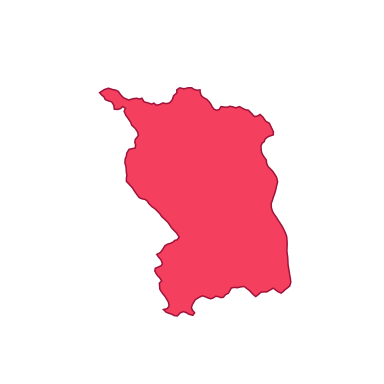 the district of Pimenta, Minas Gerais, Brazil, rotated 315°
{"feature_id": "56859067B10371022506312", "entity_name": "Pimenta", "entity_type": "district", "adm_level": 2, "iso_a3": "BRA", "parent_name": "Brazil", "parent_adm1": "Minas Gerais", "projection": "orthographic", "projection_center": [-45.839, -20.515], "detail": "fine", "context": "isolated", "style": "filled", "palette": "rose", "viewbox_px": 384, "rotation_deg": 315, "n_neighbors": 0, "source": "geoboundaries", "source_scale": "gbopen_adm2", "svg_char_len": 3137}
<svg xmlns="http://www.w3.org/2000/svg" viewBox="0 0 384 384"><g transform="rotate(315 192 192)"><path d="M88.7,258.6L90.0,261.7L91.4,264.4L92.0,266.8L94.0,269.3L98.0,269.1L101.3,270.5L102.6,273.1L103.4,276.3L105.4,279.8L108.4,279.3L108.8,275.8L109.7,273.5L112.3,272.0L114.8,271.3L118.0,270.5L121.9,271.3L125.9,272.7L127.5,275.8L128.4,278.2L129.6,280.6L132.3,282.0L135.1,282.5L136.7,284.8L137.8,287.2L139.7,288.6L143.2,288.3L146.1,289.3L148.4,288.7L152.0,287.7L154.5,289.4L156.3,291.7L159.2,293.5L162.1,295.7L162.5,299.0L162.9,301.4L162.9,304.1L162.8,307.9L163.1,311.0L166.2,311.4L170.1,311.7L172.3,313.6L174.2,315.5L177.8,316.5L181.5,317.5L182.2,322.9L183.5,326.5L186.3,326.9L188.9,326.9L191.5,327.3L194.5,327.6L198.0,325.7L200.5,322.6L202.4,319.8L204.6,316.8L206.6,314.0L208.8,311.0L211.6,308.0L213.8,305.5L215.8,302.8L217.6,300.6L220.0,298.4L222.6,296.0L224.9,293.5L227.5,290.4L229.0,287.2L230.2,284.0L231.5,279.9L232.4,275.7L233.0,272.6L233.8,269.4L234.4,265.6L235.3,262.5L237.0,259.3L239.7,256.2L242.8,254.8L246.0,253.1L248.8,251.8L251.6,250.4L254.4,248.6L256.8,247.1L259.8,245.3L262.1,241.6L262.9,238.6L263.7,234.7L263.8,230.4L263.8,227.5L265.2,224.3L267.2,221.9L267.7,218.6L268.3,215.7L269.3,213.0L271.1,210.7L273.4,208.1L276.0,207.2L278.8,207.4L280.9,206.3L284.4,206.5L287.5,207.9L289.9,209.1L292.1,207.0L293.5,203.2L295.3,198.1L294.2,194.0L295.1,189.4L295.0,185.3L292.0,184.6L289.5,182.8L289.7,178.0L289.7,174.0L288.0,171.7L287.0,168.9L286.0,165.2L282.4,163.4L280.9,160.3L279.3,158.1L277.0,157.1L274.9,154.8L272.9,152.1L269.6,152.9L267.2,151.6L266.1,148.9L266.6,145.7L267.4,143.2L267.9,140.5L268.0,136.9L266.8,133.0L266.8,130.2L268.3,127.3L269.9,125.5L267.4,123.5L265.9,120.6L265.5,118.1L263.0,115.6L259.3,113.4L257.0,109.7L253.5,109.0L251.4,111.2L247.1,110.9L243.3,112.8L239.4,113.2L236.3,111.4L234.4,108.4L230.6,107.1L228.2,105.3L227.9,102.2L225.6,101.3L224.2,98.4L221.9,94.5L222.9,90.2L220.6,89.2L219.2,86.6L216.4,84.4L212.3,82.2L210.2,77.0L210.3,72.8L211.0,68.9L210.2,66.2L208.2,63.2L206.3,59.5L202.5,57.6L199.4,56.9L196.9,56.4L196.7,60.0L197.0,62.5L196.0,65.3L197.1,68.0L198.9,71.5L198.0,75.5L195.6,78.5L197.7,81.0L200.5,82.5L203.5,82.6L204.1,85.8L201.0,87.0L199.4,91.1L198.7,95.6L198.0,99.1L196.6,102.3L196.8,107.0L195.9,111.2L194.2,114.0L191.6,114.5L189.1,114.7L186.7,116.4L185.2,119.1L182.8,120.7L180.5,119.1L177.6,117.3L173.3,118.4L170.8,120.3L168.1,121.4L165.0,124.1L163.5,127.0L161.1,129.9L159.3,131.9L157.9,134.0L155.3,135.9L153.1,138.1L153.0,142.8L152.8,147.0L152.0,150.4L151.3,154.3L150.7,158.7L151.8,161.5L153.4,163.7L154.0,166.4L153.3,169.7L153.3,174.1L154.0,178.3L153.9,184.5L153.2,188.1L153.4,191.9L153.5,196.4L152.9,199.6L152.3,202.4L152.1,205.9L152.1,210.1L151.0,214.8L147.7,215.3L145.7,214.1L142.9,213.9L140.3,213.0L138.1,211.7L135.0,210.8L130.6,211.9L126.7,212.4L123.0,211.2L122.4,213.9L122.1,218.1L120.4,221.7L118.2,222.4L115.1,221.2L112.1,220.0L109.9,221.5L108.9,224.5L108.5,227.5L108.4,230.1L107.7,233.4L104.4,233.4L102.3,235.9L100.6,237.8L99.8,240.8L99.3,244.3L99.0,247.1L98.4,249.6L97.3,253.5L95.2,256.4L91.9,256.9L88.7,254.9L88.7,258.6Z" fill="#f43f5e" stroke="#9f1239" stroke-width="1.5"/></g></svg>